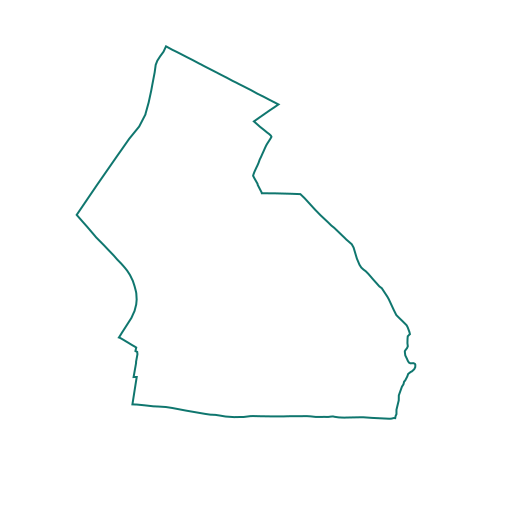 Xicohtzinco, Tlaxcala, Mexico (Equal Earth projection), rotated 106°
{"feature_id": "50627088B74142999724347", "entity_name": "Xicohtzinco", "entity_type": "district", "adm_level": 2, "iso_a3": "MEX", "parent_name": "Mexico", "parent_adm1": "Tlaxcala", "projection": "equal_earth", "projection_center": [-98.242, 19.172], "detail": "fine", "context": "isolated", "style": "outline", "palette": "teal", "viewbox_px": 512, "rotation_deg": 106, "n_neighbors": 0, "source": "geoboundaries", "source_scale": "gbopen_adm2", "svg_char_len": 3181}
<svg xmlns="http://www.w3.org/2000/svg" viewBox="0 0 512 512"><g transform="rotate(106 256 256)"><path d="M265.9,439.7L266.7,438.5L270.3,432.9L274.3,426.6L280.6,417.1L280.8,416.8L282.1,414.9L287.7,404.9L290.5,400.2L294.8,392.8L297.6,388.5L300.8,382.9L301.3,382.2L301.7,381.5L303.6,378.6L305.6,375.8L309.0,371.9L313.9,367.5L318.5,364.4L322.2,362.2L323.8,361.3L325.1,360.7L330.8,358.7L335.6,357.8L342.4,357.6L345.6,358.1L349.9,358.7L366.9,363.8L370.1,364.7L372.1,365.3L372.1,365.0L372.1,364.8L372.4,363.2L373.1,360.4L374.0,357.1L374.6,354.8L375.2,352.7L375.9,350.1L376.5,347.6L377.0,345.9L380.6,345.7L380.9,344.1L380.9,343.8L383.0,342.9L391.1,342.1L391.7,341.8L406.1,340.3L406.0,340.0L405.2,337.3L411.0,336.6L432.7,333.9L431.6,329.4L430.2,321.7L428.8,313.3L427.6,308.3L426.0,301.0L425.2,294.8L423.9,280.6L422.5,267.8L421.8,261.4L421.1,256.2L419.9,251.2L419.3,246.5L418.7,241.0L416.9,232.6L415.3,227.4L414.2,223.6L411.5,217.3L410.7,214.8L408.9,207.9L405.8,196.5L403.7,189.1L402.7,185.6L401.9,183.2L400.8,179.7L399.9,176.6L398.2,170.8L395.8,162.5L395.1,159.3L394.2,154.0L393.3,150.9L391.7,145.6L391.1,143.2L390.8,142.2L389.7,139.7L389.0,137.8L388.9,136.0L388.3,131.8L387.0,126.4L386.5,125.0L382.4,111.7L381.4,108.2L379.7,100.1L375.6,82.6L374.9,80.8L374.0,79.3L373.7,78.7L373.5,77.5L371.3,77.7L369.3,77.4L365.1,78.6L355.4,79.0L350.6,80.3L341.3,79.7L338.8,78.9L335.9,79.0L334.6,78.3L330.2,77.4L327.4,77.2L324.9,75.4L323.9,74.3L321.2,72.7L320.1,72.5L319.0,72.3L317.6,72.6L316.6,72.9L315.9,73.5L315.6,75.0L316.6,78.0L316.3,79.6L314.9,81.2L313.4,82.4L310.4,85.1L307.9,86.2L306.5,86.7L305.6,86.5L302.8,85.4L300.9,85.2L298.1,86.4L293.9,87.5L292.4,87.8L291.3,88.0L290.8,87.7L289.5,87.0L288.7,86.5L286.6,87.7L282.8,90.5L281.1,92.1L279.9,94.2L279.8,94.4L278.2,97.3L276.4,100.7L274.2,104.7L273.5,105.4L269.9,108.7L261.0,116.4L259.1,118.3L252.3,126.2L251.2,129.1L246.2,137.0L242.2,143.1L240.4,146.3L239.4,149.0L238.1,151.6L235.9,154.1L230.7,158.3L229.3,159.2L227.9,160.1L221.0,164.5L218.3,167.2L215.3,173.7L214.0,176.0L212.8,178.3L207.3,188.7L206.0,191.9L203.5,196.5L199.0,205.3L195.3,211.8L187.0,225.3L184.3,230.4L186.4,239.0L190.3,254.1L192.6,262.4L193.9,267.1L194.1,267.7L193.4,268.1L188.4,272.8L187.1,274.0L186.2,274.4L181.7,279.0L179.7,280.9L177.9,280.9L175.5,280.7L173.5,280.4L170.9,280.0L168.7,279.6L165.6,279.2L162.2,279.0L159.5,278.5L155.8,278.0L153.2,277.6L149.5,277.1L147.1,276.7L145.7,276.4L144.0,275.9L139.0,274.4L137.2,274.0L136.2,274.9L135.2,276.8L134.1,279.7L133.6,280.8L132.1,284.3L130.6,288.0L130.0,289.2L127.9,293.6L127.2,295.1L121.6,290.6L115.7,285.8L112.0,282.8L107.3,278.8L104.1,276.2L102.1,286.4L100.9,292.1L99.6,299.4L98.9,302.4L97.9,306.7L97.2,310.4L96.3,315.0L95.4,319.9L94.8,322.7L94.1,326.9L93.9,327.7L92.8,332.7L91.5,339.4L90.1,346.3L89.0,351.9L88.4,355.0L87.6,359.0L87.2,360.8L87.0,361.6L86.8,363.0L86.0,366.7L85.1,370.9L84.3,375.1L84.0,376.7L82.5,384.2L81.7,388.3L81.1,391.7L80.9,393.0L79.8,397.9L79.6,398.7L79.3,400.3L85.1,401.2L90.5,403.2L95.5,404.7L99.9,405.1L107.6,404.0L119.8,402.9L125.9,402.3L138.0,401.5L149.6,401.4L150.4,401.3L163.8,404.0L178.3,410.2L191.4,414.7L197.4,416.8L231.8,428.5L265.9,439.7Z" fill="none" stroke="#0f766e" stroke-width="2"/></g></svg>